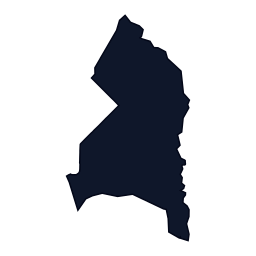 outline of Prince George's, Maryland, United States of America
{"feature_id": "52423323B69501139245181", "entity_name": "Prince George's", "entity_type": "district", "adm_level": 2, "iso_a3": "USA", "parent_name": "United States of America", "parent_adm1": "Maryland", "projection": "orthographic", "projection_center": [-76.846, 38.833], "detail": "fine", "context": "isolated", "style": "filled", "palette": "ink", "viewbox_px": 256, "rotation_deg": 0, "n_neighbors": 0, "source": "geoboundaries", "source_scale": "gbopen_adm2", "svg_char_len": 1418}
<svg xmlns="http://www.w3.org/2000/svg" viewBox="0 0 256 256"><path d="M188.1,240.6L189.0,234.2L186.5,223.7L188.9,216.6L189.0,209.7L187.1,206.0L182.9,202.6L183.2,198.0L185.4,195.0L185.5,192.8L180.5,190.5L183.6,188.5L184.5,185.6L181.5,183.1L182.2,177.6L180.2,174.4L180.4,173.7L181.0,172.6L182.6,169.1L182.6,168.3L182.0,166.6L182.0,165.9L182.2,165.2L182.5,164.9L184.6,164.9L185.2,164.6L185.4,164.0L185.2,161.9L185.2,160.7L184.7,160.1L180.9,158.3L176.5,148.9L180.0,145.2L177.5,134.7L181.7,132.0L183.1,118.0L188.8,107.8L187.6,104.6L189.4,100.1L183.4,93.4L181.0,71.1L167.4,58.5L165.5,51.8L158.0,47.8L153.8,47.6L150.0,41.3L141.9,38.8L140.0,37.8L141.5,36.2L143.1,29.7L139.3,25.9L130.5,22.3L125.1,15.4L119.6,20.3L116.6,30.4L106.5,47.8L100.6,57.9L99.8,59.4L94.9,67.8L95.0,74.1L91.5,78.0L94.6,81.1L109.3,95.8L111.3,97.8L113.6,100.0L118.9,105.5L118.5,105.9L116.0,108.4L115.7,108.7L107.0,117.4L105.8,118.5L104.5,119.9L103.4,121.0L98.2,126.3L94.3,130.0L92.2,132.3L91.8,132.5L84.9,139.4L80.6,143.8L80.5,144.0L80.3,144.4L80.2,146.2L80.0,150.7L80.0,152.5L79.8,160.8L79.7,162.8L80.0,164.1L79.9,169.2L79.6,171.5L78.7,173.1L76.4,174.7L72.8,174.8L70.9,174.5L70.6,174.1L70.3,174.2L68.6,174.9L66.6,176.1L69.3,182.2L77.9,210.2L85.8,198.8L92.5,195.7L102.2,193.2L117.6,196.4L132.6,194.2L163.6,208.9L166.3,209.4L168.2,218.6L168.8,232.0L179.3,238.0L180.2,237.0L180.5,238.2L188.1,240.6Z" fill="#0f172a" stroke="#020617" stroke-width="1.5"/></svg>